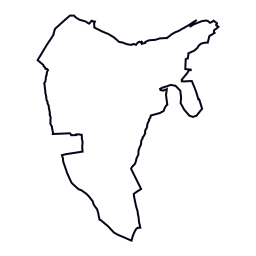 Craciunelu De Jos, Alba, Romania (orthographic projection)
{"feature_id": "2599482B15849138158087", "entity_name": "Craciunelu De Jos", "entity_type": "district", "adm_level": 2, "iso_a3": "ROU", "parent_name": "Romania", "parent_adm1": "Alba", "projection": "orthographic", "projection_center": [23.831, 46.153], "detail": "fine", "context": "isolated", "style": "outline", "palette": "ink", "viewbox_px": 256, "rotation_deg": 0, "n_neighbors": 0, "source": "geoboundaries", "source_scale": "gbopen_adm2", "svg_char_len": 4243}
<svg xmlns="http://www.w3.org/2000/svg" viewBox="0 0 256 256"><path d="M140.3,227.7L139.6,224.3L139.2,223.0L138.8,220.2L138.7,218.0L137.8,213.3L137.5,210.9L136.0,206.0L133.9,195.8L133.8,193.9L137.0,191.6L141.1,189.0L131.1,168.9L131.3,168.2L132.0,166.9L134.9,163.9L135.6,162.2L136.2,160.0L136.3,158.9L138.0,155.3L138.4,154.7L138.4,153.5L138.5,150.6L140.0,146.4L140.9,144.9L141.3,140.8L141.6,140.0L142.6,138.6L142.6,137.4L143.8,136.0L145.2,133.2L145.0,131.2L145.6,130.2L145.6,129.5L146.4,128.7L147.1,126.8L147.2,124.8L148.1,122.3L149.1,120.5L149.1,119.4L150.4,117.5L150.8,115.5L159.7,113.1L163.6,111.0L164.9,107.6L166.5,105.2L167.3,104.8L166.0,95.1L166.8,89.2L165.9,89.7L165.2,89.7L164.5,89.9L163.5,90.6L162.0,90.4L160.5,90.1L160.1,88.9L162.4,87.7L164.8,86.9L166.8,86.3L167.3,86.1L170.8,84.9L175.5,85.8L180.3,90.7L181.1,97.7L180.6,103.1L184.2,109.7L189.4,115.7L193.0,116.9L196.5,115.7L202.1,108.7L199.2,99.3L198.4,99.4L196.6,93.3L194.9,88.5L191.8,81.0L184.5,81.4L181.8,81.3L181.7,79.8L187.2,73.1L188.4,71.3L188.6,70.0L190.7,70.1L190.7,69.6L185.3,69.1L185.4,66.4L185.5,63.6L185.6,62.5L185.7,59.2L186.6,58.8L187.4,58.4L187.8,58.4L187.8,57.9L187.9,57.5L188.2,56.1L188.3,55.3L188.3,54.7L188.3,54.2L188.3,53.4L188.5,53.3L188.7,53.1L188.9,53.0L189.0,52.9L189.5,52.8L189.8,52.7L190.0,52.6L190.3,52.5L190.5,52.4L191.1,52.1L191.3,52.0L191.6,51.8L192.3,51.5L192.9,51.3L193.3,51.1L193.7,50.9L194.1,50.7L194.5,50.4L195.0,50.0L196.7,48.6L197.3,47.9L197.7,47.4L198.7,45.7L200.0,44.5L201.0,43.8L202.5,43.2L204.0,42.9L205.4,42.7L206.3,42.6L207.7,42.7L209.4,36.0L214.6,32.9L213.9,32.0L213.9,31.0L214.3,30.0L216.6,28.5L218.4,26.8L216.7,25.7L216.1,25.0L216.8,24.2L217.0,23.3L213.6,20.7L212.4,21.6L210.7,22.6L210.1,22.7L209.7,22.7L208.4,21.3L206.2,20.5L202.3,21.1L201.4,21.3L193.5,24.5L190.5,26.4L190.0,25.8L192.6,23.3L196.7,20.0L192.5,22.7L189.2,24.9L186.4,26.5L184.2,27.8L182.0,28.9L178.8,30.9L175.6,32.1L174.8,32.5L174.7,32.6L172.1,34.0L167.1,37.9L167.0,38.0L166.8,37.8L165.1,38.1L159.8,38.4L155.4,39.8L149.1,40.3L145.4,41.9L145.3,42.9L141.9,43.8L142.0,42.0L141.6,41.7L140.9,42.6L139.4,41.8L138.5,42.1L136.2,44.2L136.0,44.8L133.8,44.1L133.3,43.9L133.0,44.0L132.7,44.4L132.1,44.6L131.3,44.9L129.5,44.6L127.8,44.4L127.0,44.2L125.8,43.7L124.4,43.3L123.2,42.8L122.8,42.6L122.6,42.5L121.9,42.4L121.0,42.2L120.2,42.2L119.4,41.9L118.6,41.6L118.1,41.0L113.7,37.2L108.1,33.9L102.0,31.4L94.3,27.5L94.2,27.0L94.4,26.1L94.0,23.8L94.9,21.6L92.1,21.3L92.1,20.8L91.4,20.8L89.6,23.3L89.2,23.6L88.6,23.5L86.2,21.8L85.2,21.3L81.8,20.4L79.9,19.9L77.8,18.8L75.7,17.3L75.1,16.8L74.1,15.6L72.8,15.6L71.5,15.7L70.8,15.4L70.2,15.6L69.8,15.8L69.3,16.1L68.3,17.0L66.6,18.5L64.6,20.2L62.3,22.3L62.2,22.4L55.5,28.4L54.9,29.3L54.7,29.8L53.4,34.3L53.5,34.7L51.1,38.5L47.1,44.4L37.6,60.2L43.4,65.0L43.6,66.2L44.4,67.0L45.0,67.3L45.5,68.9L46.8,68.8L48.0,70.0L46.9,72.2L46.8,73.9L46.4,74.9L46.6,75.3L46.4,75.7L45.9,76.8L45.7,79.7L45.5,80.5L45.5,81.0L45.2,81.5L45.1,82.0L44.2,83.2L44.8,86.0L44.7,86.4L44.8,86.9L44.8,87.3L44.9,87.8L45.1,90.1L45.4,91.0L45.2,92.0L45.5,93.5L45.8,94.2L45.7,94.6L46.0,95.5L46.0,96.0L46.3,96.9L46.3,98.5L46.7,100.4L47.4,101.4L47.6,102.6L47.5,103.4L48.7,105.7L48.9,108.5L49.3,109.2L49.2,110.0L49.6,111.3L49.9,112.3L49.6,113.7L50.0,114.4L49.8,115.5L50.3,116.1L50.7,118.3L50.3,120.1L50.6,121.5L50.3,123.1L50.7,124.5L51.2,125.1L51.4,125.9L52.0,126.6L52.0,128.1L52.4,129.2L52.3,129.7L52.5,130.2L52.5,130.8L53.0,132.2L53.0,133.0L52.8,134.0L69.9,133.3L70.4,133.9L71.0,134.5L71.2,135.2L76.2,135.1L76.2,134.4L78.1,134.4L79.1,134.4L79.8,134.5L80.5,134.8L81.7,134.8L81.9,137.2L81.8,138.3L82.6,142.0L82.4,144.5L82.2,146.9L82.4,149.8L82.6,151.6L65.8,154.2L61.9,155.2L62.9,158.3L63.1,160.3L63.3,161.9L64.1,164.2L65.3,167.7L66.3,170.5L67.2,173.3L71.2,182.1L72.0,183.2L73.6,184.8L75.4,186.4L77.3,188.1L78.8,189.3L79.1,189.5L80.0,189.7L81.8,190.5L82.3,190.9L86.5,193.9L88.9,196.4L89.6,197.3L92.6,201.1L93.8,204.8L97.3,209.6L97.4,210.3L98.3,213.4L98.5,214.8L98.7,215.8L99.6,219.8L100.7,220.1L103.2,222.2L107.8,226.0L108.9,227.2L110.9,229.3L113.9,232.5L117.9,234.8L125.0,237.8L129.8,239.9L131.5,240.6L132.2,238.1L132.9,235.7L133.5,234.3L134.2,232.6L134.5,232.0L135.8,229.5L136.7,228.5L137.4,228.0L138.3,227.7L139.3,227.8L140.3,227.7Z" fill="none" stroke="#020617" stroke-width="2"/></svg>